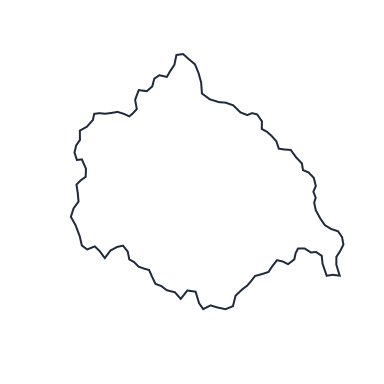 the district of Simão Pereira, Minas Gerais, Brazil, rotated 338°
{"feature_id": "56859067B55911598302165", "entity_name": "Simão Pereira", "entity_type": "district", "adm_level": 2, "iso_a3": "BRA", "parent_name": "Brazil", "parent_adm1": "Minas Gerais", "projection": "equal_earth", "projection_center": [-43.289, -21.963], "detail": "fine", "context": "isolated", "style": "outline", "palette": "slate", "viewbox_px": 384, "rotation_deg": 338, "n_neighbors": 0, "source": "geoboundaries", "source_scale": "gbopen_adm2", "svg_char_len": 1670}
<svg xmlns="http://www.w3.org/2000/svg" viewBox="0 0 384 384"><g transform="rotate(338 192 192)"><path d="M141.5,286.9L150.8,281.6L158.0,285.8L156.9,297.8L158.5,304.8L166.7,304.1L172.6,308.8L179.2,313.2L187.2,313.2L193.5,304.5L202.6,300.9L207.8,299.6L212.6,297.2L219.0,293.5L225.9,294.3L232.9,294.8L238.8,290.8L245.3,287.1L250.2,290.5L254.0,294.9L261.6,292.8L265.2,287.5L269.1,284.1L275.2,286.5L279.6,292.6L284.5,294.1L288.4,299.8L286.2,307.2L285.5,320.1L291.5,321.5L297.6,324.9L298.6,313.4L301.6,306.2L307.3,302.2L312.7,297.5L314.2,290.1L312.7,283.1L307.3,278.6L302.8,272.6L301.1,265.2L299.9,255.2L301.3,247.6L304.6,243.6L304.6,237.3L309.1,232.7L310.2,224.4L307.3,217.4L303.1,213.3L304.6,206.7L301.6,199.1L299.3,190.0L293.2,187.0L288.7,184.3L289.2,176.6L286.8,169.8L284.1,164.3L280.3,159.7L283.3,152.7L281.5,144.5L277.3,141.4L272.1,141.4L266.8,136.4L262.7,127.1L256.7,121.8L250.7,118.8L243.3,112.8L238.1,104.4L241.5,93.9L242.6,84.2L242.6,74.8L239.1,68.2L235.4,60.8L228.9,59.1L223.2,67.6L216.8,71.9L211.8,75.9L205.5,71.5L199.5,72.8L194.7,79.2L187.9,81.6L180.8,77.6L173.8,85.2L171.9,94.4L166.7,96.9L162.2,98.4L158.3,94.2L152.9,89.8L146.8,88.5L140.8,86.9L135.6,84.2L130.6,82.9L127.1,88.1L119.0,92.1L111.0,93.1L107.6,101.8L102.1,105.4L97.8,111.4L97.3,119.2L102.1,120.5L102.4,130.7L99.1,138.1L93.5,139.4L87.7,141.8L85.6,150.5L83.2,158.4L76.1,162.8L70.4,169.6L71.6,179.4L71.3,191.3L69.8,200.3L73.3,206.0L81.5,206.0L84.2,212.1L86.4,220.6L94.5,215.7L102.1,214.9L107.9,215.9L110.1,223.2L108.6,231.0L112.1,235.3L114.5,241.2L119.0,245.2L123.0,248.2L123.2,255.2L123.7,263.5L128.4,267.8L131.7,273.5L138.6,278.6L141.5,286.9Z" fill="none" stroke="#1e293b" stroke-width="2"/></g></svg>